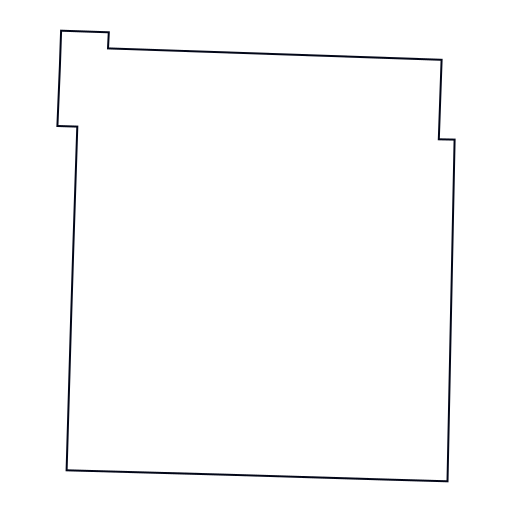 outline of Polk, Missouri, United States of America
{"feature_id": "52423323B27276751981005", "entity_name": "Polk", "entity_type": "district", "adm_level": 2, "iso_a3": "USA", "parent_name": "United States of America", "parent_adm1": "Missouri", "projection": "albers", "projection_center": [-93.444, 37.623], "detail": "fine", "context": "isolated", "style": "outline", "palette": "ink", "viewbox_px": 512, "rotation_deg": 0, "n_neighbors": 0, "source": "geoboundaries", "source_scale": "gbopen_adm2", "svg_char_len": 307}
<svg xmlns="http://www.w3.org/2000/svg" viewBox="0 0 512 512"><path d="M447.5,481.3L454.6,139.6L438.8,139.3L441.6,59.8L108.0,48.4L108.8,32.3L61.1,30.7L59.9,66.1L57.4,126.0L77.3,126.6L73.3,247.8L71.3,311.5L66.6,470.3L226.2,474.7L387.9,479.6L447.5,481.3Z" fill="none" stroke="#020617" stroke-width="2"/></svg>